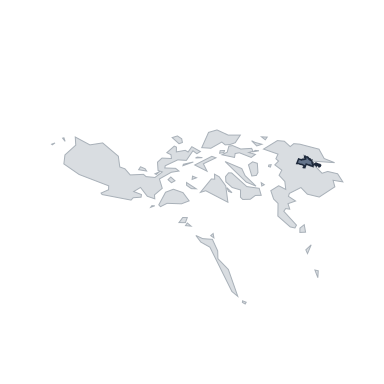 location of Davao del Norte, Davao del Norte, Philippines, rotated 291°
{"feature_id": "2640588B4700873759555", "entity_name": "Davao del Norte", "entity_type": "district", "adm_level": 2, "iso_a3": "PHL", "parent_name": "Philippines", "parent_adm1": "Davao del Norte", "projection": "natural_earth1", "projection_center": [125.731, 7.448], "detail": "fine", "context": "in_parent", "style": "filled", "palette": "slate", "viewbox_px": 384, "rotation_deg": 291, "n_neighbors": 0, "source": "geoboundaries", "source_scale": "gbopen_adm2", "svg_char_len": 6976}
<svg xmlns="http://www.w3.org/2000/svg" viewBox="0 0 384 384"><g transform="rotate(291 192 192)"><path d="M181.1,60.1L194.1,66.7L201.5,63.3L199.4,79.8L205.8,91.0L199.0,110.4L189.5,115.6L189.6,121.1L185.8,128.2L191.1,140.4L189.9,143.6L192.3,152.2L200.1,157.1L199.9,152.6L207.5,149.1L212.9,151.8L215.9,160.8L219.3,159.0L219.7,154.4L228.5,159.0L228.3,161.4L223.8,163.0L228.5,170.8L227.9,174.0L234.2,175.6L232.8,185.3L229.5,182.8L230.8,178.1L219.5,175.4L216.9,167.2L206.9,157.6L204.7,158.0L208.2,168.2L206.9,172.3L203.0,165.6L192.5,156.9L184.8,162.9L175.9,158.0L172.3,159.7L172.0,151.8L177.8,142.3L171.5,137.4L171.5,145.7L168.9,146.3L165.6,139.2L162.6,138.0L157.4,109.0L158.4,107.5L164.2,113.3L167.9,112.0L167.9,80.3L172.3,62.3L181.1,60.1ZM257.7,243.4L270.6,253.3L272.5,260.0L269.6,267.4L273.6,269.7L275.3,275.5L277.5,295.2L270.6,303.4L270.5,314.6L264.0,293.4L261.6,294.9L256.1,306.7L259.8,311.3L261.2,321.4L255.5,329.2L253.5,319.5L248.0,323.5L232.9,312.6L231.3,300.4L235.2,292.1L225.6,283.4L222.5,283.6L220.7,291.9L215.5,285.8L211.0,289.4L210.1,285.4L206.9,284.6L198.5,301.4L195.3,301.0L194.6,296.2L200.3,280.8L212.2,276.4L214.7,270.7L221.5,265.1L228.9,270.7L228.0,278.6L235.1,274.9L238.8,267.3L244.6,268.0L247.0,259.6L251.9,261.7L253.1,258.4L258.2,258.7L257.7,243.4ZM219.5,253.4L213.7,257.8L211.5,252.4L206.1,249.0L203.2,242.0L204.5,239.1L211.3,236.6L210.6,227.9L213.6,220.0L218.5,217.8L223.0,219.3L224.0,222.2L216.7,241.2L219.5,253.4ZM253.6,186.1L258.9,193.1L258.1,205.4L262.4,216.7L253.5,214.7L250.0,210.6L247.9,206.1L249.3,201.9L239.6,193.9L236.9,185.2L253.6,186.1ZM194.7,200.0L211.1,205.4L212.1,208.6L216.7,206.6L216.0,211.8L209.8,221.3L195.3,229.2L198.1,204.4L194.7,200.0ZM132.7,253.7L111.0,272.1L113.4,264.9L146.9,228.5L148.4,218.2L152.8,211.2L152.3,218.7L155.1,228.0L146.2,237.1L139.0,240.1L132.7,253.7ZM168.1,165.6L182.3,167.4L187.9,173.6L188.2,183.8L182.7,192.5L177.2,186.4L172.5,172.8L167.0,167.8L168.1,165.6ZM241.8,210.6L248.1,210.0L249.9,213.3L249.6,222.1L254.1,232.0L251.9,234.4L249.2,230.8L249.8,237.7L245.5,234.9L245.6,222.2L243.4,218.5L239.5,219.3L237.5,206.6L241.8,210.6ZM220.4,249.7L220.7,239.0L232.3,212.0L231.7,230.1L226.3,235.7L220.4,249.7ZM242.2,242.7L233.8,246.6L230.5,246.1L228.4,242.1L237.6,235.0L241.9,237.8L242.2,242.7ZM218.2,184.9L232.4,197.7L232.5,202.1L222.4,192.5L216.8,198.6L218.2,184.9ZM238.0,163.3L234.8,165.3L232.4,162.6L235.7,154.0L239.1,158.3L238.0,163.3ZM201.7,308.5L195.2,312.4L192.9,307.2L197.0,305.7L201.7,308.5ZM158.8,190.8L164.9,192.5L166.4,196.8L161.0,196.8L158.8,190.8ZM194.9,165.2L198.4,166.8L196.4,172.1L193.3,169.5L194.9,165.2ZM178.8,319.0L185.4,322.2L175.9,321.9L178.8,319.0ZM261.6,240.1L258.2,235.9L261.2,229.3L260.9,233.3L261.6,240.1ZM198.9,183.5L196.5,194.8L194.9,190.2L196.3,184.6L198.9,183.5ZM163.2,334.7L163.7,338.1L157.1,340.2L163.2,334.7ZM197.1,134.9L196.9,139.9L195.3,142.1L193.7,134.2L197.1,134.9ZM208.6,223.0L205.7,229.6L205.7,225.8L208.6,223.0ZM161.4,198.7L159.8,203.4L158.3,198.0L161.4,198.7ZM242.4,207.5L240.2,207.6L238.1,203.9L240.7,203.5L242.4,207.5ZM207.0,186.8L206.9,191.1L203.8,187.6L207.0,186.8ZM270.2,242.5L267.0,241.7L268.4,237.1L270.2,242.5ZM214.8,174.0L220.5,182.5L213.3,174.1L214.8,174.0ZM160.8,226.6L157.0,228.9L158.0,225.1L160.8,226.6ZM225.5,253.3L224.7,256.9L222.6,255.0L225.5,253.3ZM226.5,184.4L227.8,189.4L225.0,183.1L226.5,184.4ZM108.5,282.1L106.5,281.8L107.0,278.6L108.5,278.2L108.5,282.1ZM245.9,256.1L243.4,256.3L243.2,254.3L244.7,254.0L245.9,256.1ZM263.3,301.1L261.5,298.8L262.1,296.5L263.3,297.6L263.3,301.1ZM164.8,159.4L165.8,162.2L162.9,158.9L164.8,159.4ZM253.5,236.0L254.5,239.7L251.7,235.1L253.5,236.0ZM196.7,53.0L193.8,55.4L195.9,51.9L196.7,53.0ZM199.5,154.6L195.6,152.4L195.7,150.9L199.5,154.6ZM186.3,43.8L188.7,46.5L186.0,44.7L186.3,43.8Z" fill="#d9dde1" stroke="#a8b0b8" stroke-width="1"/><path d="M256.1,279.6L256.2,280.0L256.3,280.1L256.7,280.9L256.8,281.5L256.7,282.5L256.7,283.4L256.9,283.7L257.0,283.9L257.0,284.1L257.0,284.6L257.2,285.0L257.1,285.4L256.9,286.2L256.9,287.5L255.9,287.4L255.9,287.5L255.6,287.4L255.4,287.3L255.3,287.2L255.2,287.2L255.2,287.3L254.8,287.1L254.7,287.2L254.8,287.3L255.0,287.6L255.1,287.9L255.1,288.6L259.0,288.6L259.0,291.0L259.0,291.5L259.3,291.8L259.3,292.1L259.2,292.0L259.0,292.4L259.0,292.6L259.0,292.8L259.0,293.2L259.1,294.0L259.2,295.3L259.1,295.8L259.7,295.7L259.8,295.6L260.0,295.6L260.2,295.4L260.3,295.4L260.3,295.2L260.4,294.9L260.7,294.8L261.0,294.6L261.2,294.9L261.2,295.0L261.3,294.9L261.3,295.0L261.4,294.9L261.5,294.8L261.5,294.7L261.4,294.8L261.6,294.5L261.6,294.4L261.7,294.2L261.8,294.3L262.0,294.3L262.1,294.2L262.3,293.9L262.4,294.0L262.4,293.9L262.5,293.8L262.5,293.7L262.8,293.4L263.0,293.3L263.3,293.2L263.7,292.8L263.8,292.8L263.7,292.8L263.8,292.8L263.9,292.7L264.0,292.7L264.2,292.9L264.1,292.7L264.2,292.3L264.3,292.3L264.2,292.2L264.3,292.1L264.4,291.9L264.3,291.7L264.2,291.6L264.3,291.5L264.2,291.5L264.1,291.4L264.1,291.1L264.2,290.9L264.3,290.8L264.3,290.6L264.6,290.4L264.8,290.5L265.0,290.4L265.1,290.2L264.9,290.1L264.5,290.0L264.5,289.9L264.4,289.8L264.4,289.6L264.8,289.4L265.2,289.3L265.4,288.0L265.4,287.9L265.5,287.8L265.6,288.0L265.9,288.0L266.1,286.9L265.4,286.0L265.5,285.9L265.7,285.7L265.8,285.5L265.8,285.4L265.9,285.2L266.0,285.1L265.9,285.0L265.6,285.0L265.4,285.0L265.3,284.9L265.2,284.8L265.3,284.6L264.6,285.0L264.5,284.9L264.0,285.7L263.8,286.2L263.6,286.4L263.2,286.3L263.3,286.3L263.2,286.1L263.3,286.1L263.3,285.9L263.2,285.9L263.1,285.7L263.0,285.4L262.9,285.3L262.8,285.2L262.7,285.0L262.6,284.9L262.6,285.0L262.6,284.9L262.4,284.8L262.3,284.7L262.3,284.4L262.3,284.2L262.2,284.0L262.3,283.8L262.2,283.7L262.3,283.7L262.2,283.5L262.1,283.4L262.0,283.2L261.9,283.2L261.9,283.3L261.8,283.2L261.7,283.2L261.4,283.0L261.3,282.9L261.2,282.9L261.2,282.3L261.1,280.4L261.1,279.7L256.1,279.6ZM262.1,296.3L261.9,296.2L261.9,296.3L261.8,296.2L261.8,296.3L261.7,296.3L261.7,296.8L261.6,297.0L261.6,297.5L261.4,297.7L261.3,297.8L261.2,298.1L261.1,298.4L261.3,298.6L261.2,298.7L261.3,298.7L261.3,298.8L261.4,299.0L261.5,299.0L261.7,298.7L261.8,298.7L261.8,298.8L261.8,298.7L261.9,298.8L262.0,298.8L262.0,299.0L262.1,299.3L262.1,299.7L262.2,299.8L262.2,300.0L262.3,300.0L262.2,300.1L262.3,300.2L262.2,300.2L262.3,300.3L262.2,300.4L262.3,300.4L262.3,300.5L262.2,300.9L262.2,301.1L262.4,301.5L262.5,301.6L262.7,302.0L262.7,302.3L262.8,302.4L262.9,302.5L263.0,302.5L263.0,302.3L263.1,302.0L263.2,301.9L263.3,301.9L263.4,301.7L263.5,301.6L263.3,300.9L263.4,300.7L263.4,300.4L263.2,300.2L263.2,299.9L263.1,299.7L263.2,299.4L263.3,299.2L263.2,299.1L263.3,298.7L263.3,298.4L263.4,298.1L263.5,298.0L263.5,297.9L263.4,297.8L263.4,297.7L263.2,297.2L262.9,296.9L262.5,296.8L262.4,296.9L262.3,296.7L262.2,296.4L262.1,296.3ZM261.8,301.1L261.5,301.1L261.4,301.2L261.2,301.4L261.3,301.4L261.5,301.8L261.5,302.0L261.7,302.3L261.8,302.3L262.0,302.4L262.2,302.2L262.2,301.9L262.2,301.6L261.9,301.1L261.8,301.1ZM263.2,296.6L263.2,296.8L263.3,297.0L263.2,296.6Z" fill="#64748b" stroke="#1e293b" stroke-width="1.5"/></g></svg>